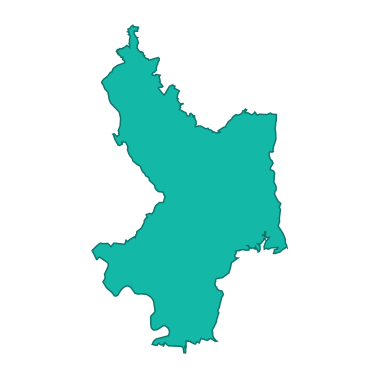 Caseiu, Cluj, Romania, rotated 5°
{"feature_id": "2599482B80732485367147", "entity_name": "Caseiu", "entity_type": "district", "adm_level": 2, "iso_a3": "ROU", "parent_name": "Romania", "parent_adm1": "Cluj", "projection": "mercator", "projection_center": [23.866, 47.234], "detail": "fine", "context": "isolated", "style": "filled", "palette": "teal", "viewbox_px": 384, "rotation_deg": 5, "n_neighbors": 0, "source": "geoboundaries", "source_scale": "gbopen_adm2", "svg_char_len": 6045}
<svg xmlns="http://www.w3.org/2000/svg" viewBox="0 0 384 384"><g transform="rotate(5 192 192)"><path d="M291.5,239.1L290.8,236.6L289.7,235.1L288.9,230.7L286.2,225.3L280.7,218.3L281.8,214.2L281.3,210.4L281.6,201.7L280.3,199.8L281.4,195.8L278.5,193.6L274.3,186.9L274.6,184.4L275.6,182.9L275.5,180.5L275.2,179.1L272.5,174.7L272.8,172.3L272.4,168.1L272.7,166.7L272.4,165.3L270.8,163.6L267.9,163.0L268.3,160.3L270.2,156.3L268.9,153.7L268.0,153.4L266.6,151.5L265.7,148.8L265.5,146.8L265.8,145.3L268.7,145.2L269.3,144.6L268.8,144.4L269.1,143.9L269.1,140.4L271.0,132.2L270.1,125.2L269.1,121.0L269.5,118.2L269.2,116.1L269.6,114.8L269.7,113.3L269.3,107.4L265.1,107.5L263.2,106.5L260.2,108.3L252.1,108.7L250.6,109.7L249.2,109.0L248.5,107.6L247.6,106.9L246.3,109.0L244.2,109.9L241.0,108.3L237.7,108.3L239.3,105.4L237.9,104.8L236.6,106.6L235.6,106.8L235.0,108.9L233.2,110.5L230.4,111.5L229.2,111.0L227.3,112.5L225.9,114.1L225.2,115.9L222.0,118.9L219.4,124.4L217.9,124.8L212.2,129.1L213.1,128.8L214.8,129.4L214.9,129.8L214.2,130.5L212.6,130.5L212.0,131.2L207.8,130.0L207.2,130.5L206.2,128.9L203.3,128.2L202.5,127.2L200.0,127.8L195.0,125.5L192.4,125.7L189.9,126.8L189.5,125.4L190.3,123.9L189.7,120.8L188.3,118.4L187.8,115.8L186.9,116.0L186.9,117.1L186.6,117.0L186.0,116.3L186.0,115.2L184.0,113.7L183.0,114.4L183.0,116.1L182.2,116.7L181.0,116.8L180.0,115.8L179.2,113.8L172.2,110.8L173.3,108.6L172.5,107.0L175.9,104.5L172.6,105.3L169.5,102.1L170.1,100.4L168.9,100.1L169.2,96.1L170.5,92.3L165.4,90.2L165.8,88.1L163.0,87.5L163.1,87.1L160.4,88.6L155.9,97.8L154.6,97.0L149.4,91.5L150.0,90.6L153.1,90.1L154.2,88.9L153.4,89.4L152.9,88.3L149.9,85.3L150.7,84.7L149.2,79.7L150.1,78.5L145.8,78.0L145.0,79.3L142.1,78.7L141.9,78.3L142.6,76.6L144.3,75.8L145.8,73.7L145.7,69.8L146.7,67.5L146.8,65.3L147.8,63.9L147.8,61.9L146.6,61.0L137.5,64.5L136.6,63.2L135.0,63.0L133.2,62.0L132.7,61.2L133.0,60.3L131.7,59.9L131.5,58.2L130.8,57.4L129.6,56.8L129.4,57.4L128.5,57.4L128.3,56.7L127.3,56.4L124.7,53.4L124.9,51.6L124.5,50.4L125.6,48.4L123.8,43.4L124.3,43.0L123.0,42.6L120.5,39.6L120.5,37.3L120.6,36.6L123.7,36.7L123.8,33.6L124.4,33.3L124.3,32.5L121.6,32.6L119.7,32.1L119.2,32.4L118.5,31.1L117.0,32.4L115.9,34.4L114.0,35.4L114.8,37.4L114.0,38.0L114.9,38.3L115.5,39.7L114.9,40.7L116.5,41.4L116.9,42.0L116.4,46.0L116.8,48.9L116.2,49.4L117.0,50.6L117.2,51.9L116.9,52.6L117.1,53.2L114.4,51.6L111.7,54.2L110.9,54.2L110.5,55.3L107.2,55.5L106.5,57.0L105.3,56.6L104.1,59.1L104.7,58.3L105.8,60.6L107.2,61.7L105.8,60.0L106.2,59.5L107.5,62.0L108.8,62.7L109.3,63.8L110.4,64.2L111.4,63.9L111.6,64.8L111.3,66.0L113.5,67.5L113.6,69.2L106.7,72.4L103.2,75.3L102.5,76.5L101.7,79.4L100.3,79.9L97.9,83.9L94.1,87.5L92.5,90.1L92.8,90.4L92.6,91.2L94.4,93.3L96.1,96.8L99.6,100.0L101.6,107.4L103.3,110.6L112.5,118.6L114.0,123.2L114.5,125.4L114.6,132.5L113.2,137.3L114.0,139.3L113.9,140.1L114.7,141.3L112.3,143.2L109.4,140.8L108.1,141.3L108.7,141.9L110.4,145.9L114.2,151.6L115.7,152.0L119.0,149.9L117.8,150.0L117.7,148.3L121.5,148.1L124.2,152.6L124.1,155.8L125.7,159.3L127.0,161.3L129.3,163.6L130.6,166.3L134.8,169.3L137.8,170.5L138.7,171.5L139.6,173.9L141.5,176.5L143.7,178.3L144.4,179.9L147.9,181.5L148.6,184.3L154.1,188.4L155.0,191.5L156.2,192.9L158.4,194.5L163.2,194.7L164.2,197.0L165.7,199.3L165.1,200.6L164.4,205.0L160.6,205.3L157.2,208.6L156.2,211.2L155.3,215.2L153.8,217.5L151.9,217.0L148.3,218.5L149.7,221.4L148.5,222.0L146.9,224.7L147.0,226.7L144.7,232.5L140.5,236.3L140.6,238.4L139.9,239.5L139.5,242.5L138.4,241.6L134.0,244.9L132.4,247.0L130.5,245.8L129.6,250.0L118.7,249.7L116.0,253.5L112.6,250.6L107.9,251.2L105.2,250.9L102.3,253.5L97.6,258.9L102.9,267.6L103.7,267.1L105.2,264.7L113.6,269.4L114.7,270.5L115.0,272.3L114.8,274.0L112.0,281.6L112.9,284.1L112.8,286.2L111.1,289.2L115.1,294.7L120.9,299.0L123.6,302.0L125.1,302.4L127.1,301.2L129.2,296.9L131.0,294.2L133.5,292.0L135.7,291.1L137.7,291.5L139.3,292.3L144.1,297.9L146.7,298.4L150.0,297.9L155.7,297.9L159.8,300.0L161.7,301.7L163.3,304.2L165.6,313.9L164.9,315.6L162.1,318.8L161.7,320.3L162.6,328.2L163.4,330.9L165.5,332.8L168.0,332.6L170.6,331.3L174.8,327.8L176.8,327.5L179.9,329.5L181.7,332.5L181.7,335.3L180.7,337.4L168.9,341.7L166.8,344.0L165.6,347.3L170.5,347.9L172.0,345.5L173.8,346.8L176.0,347.0L176.9,347.9L177.7,346.3L176.9,345.8L178.0,344.4L181.9,347.3L194.6,346.7L195.7,347.2L196.9,348.4L197.9,352.8L199.6,352.9L199.3,347.7L198.5,347.8L198.5,346.4L199.6,346.9L199.0,341.1L200.6,340.6L200.7,341.1L203.6,341.0L203.6,341.5L207.6,343.1L208.8,343.1L209.7,340.7L212.4,341.7L213.6,337.1L220.5,338.5L222.5,336.4L224.2,336.6L228.4,338.8L229.8,338.4L228.4,337.6L225.7,334.5L224.9,331.9L225.0,330.8L224.3,329.3L224.5,328.8L224.2,328.3L225.0,325.4L226.0,324.2L226.3,322.4L227.1,321.0L227.0,320.3L227.6,319.5L227.7,316.3L228.3,315.0L228.6,312.0L229.3,310.2L228.3,309.0L228.2,306.9L229.3,304.9L229.6,300.7L230.2,298.8L230.1,297.4L230.6,296.1L230.7,294.2L231.4,293.4L232.2,291.3L230.5,288.1L226.9,287.5L225.5,286.1L224.9,284.8L223.4,283.7L222.8,280.7L223.4,279.0L223.1,277.6L223.6,276.3L229.8,274.6L235.8,269.4L236.9,264.1L237.4,259.0L243.6,253.8L241.1,253.8L240.2,252.1L240.2,251.1L241.2,249.5L241.2,246.7L244.0,246.4L245.2,245.4L245.5,245.7L247.6,244.8L249.8,245.3L253.7,244.9L254.1,243.0L253.2,241.4L251.9,240.7L253.0,240.5L254.6,242.9L254.9,242.4L255.8,242.9L257.4,242.4L258.1,242.7L259.5,242.1L259.8,243.4L260.4,243.3L260.2,241.5L261.5,243.3L262.1,243.5L262.4,244.8L263.7,245.0L263.4,245.7L264.2,245.4L264.1,244.8L264.6,244.4L264.8,243.4L264.5,240.2L263.8,239.6L264.0,239.3L262.1,237.9L264.8,237.8L267.5,233.6L267.6,232.7L269.0,233.1L268.8,231.7L268.1,231.0L268.4,230.1L268.2,229.1L266.0,229.1L265.9,228.6L268.6,227.7L268.0,226.7L267.8,225.2L268.2,225.1L268.9,225.2L268.7,230.2L269.2,229.5L270.6,231.1L272.6,230.5L271.9,231.3L272.4,232.0L270.2,234.2L269.0,237.9L268.5,240.1L269.0,242.7L270.6,241.5L272.4,242.3L274.5,241.7L275.7,240.7L282.7,239.8L282.4,241.1L279.0,242.6L279.2,243.9L278.5,246.0L280.0,246.1L284.7,244.1L287.8,240.9L289.4,240.2L289.9,239.1L291.0,238.7L291.5,239.1Z" fill="#14b8a6" stroke="#0f766e" stroke-width="1.5"/></g></svg>